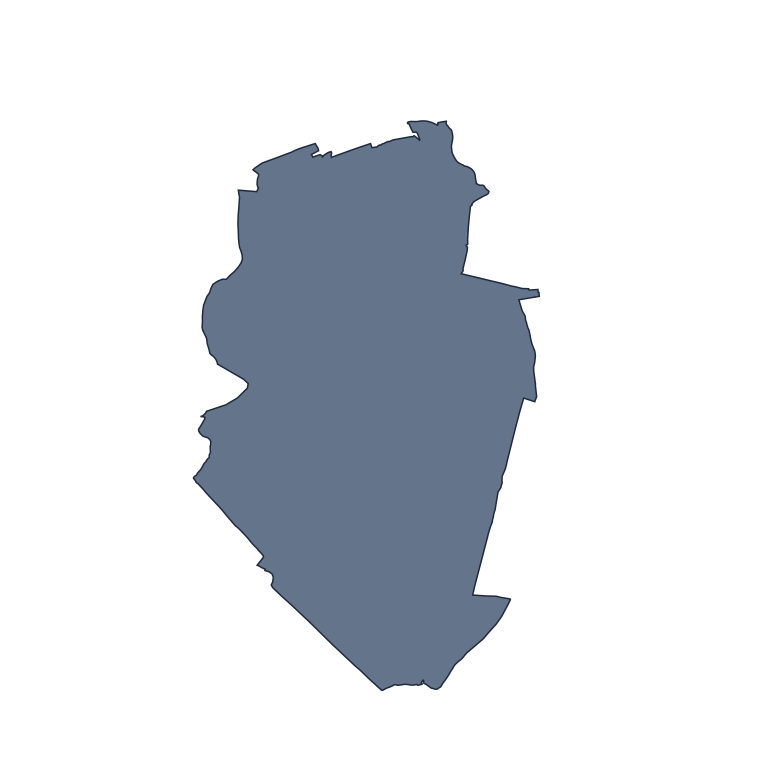 Isalnita, Dolj, Romania (Mercator projection), rotated 126°
{"feature_id": "2599482B36519910274216", "entity_name": "Isalnita", "entity_type": "district", "adm_level": 2, "iso_a3": "ROU", "parent_name": "Romania", "parent_adm1": "Dolj", "projection": "mercator", "projection_center": [23.718, 44.394], "detail": "fine", "context": "isolated", "style": "filled", "palette": "slate", "viewbox_px": 768, "rotation_deg": 126, "n_neighbors": 0, "source": "geoboundaries", "source_scale": "gbopen_adm2", "svg_char_len": 6171}
<svg xmlns="http://www.w3.org/2000/svg" viewBox="0 0 768 768"><g transform="rotate(126 384 384)"><path d="M518.2,513.3L516.6,510.5L516.2,509.2L516.9,509.0L517.7,508.5L523.8,507.8L526.4,507.6L528.3,507.5L529.4,507.4L530.1,507.1L531.2,505.9L531.9,504.2L532.3,502.5L532.5,501.1L532.6,499.9L532.1,497.8L531.5,496.2L531.1,495.4L531.2,493.7L531.4,492.3L532.0,490.9L532.3,490.3L533.5,489.6L534.0,489.3L534.4,488.9L535.4,488.4L536.3,488.1L537.1,487.6L539.4,485.8L541.4,484.2L542.6,483.9L543.5,483.9L545.0,483.1L546.0,482.4L546.4,482.2L546.8,482.3L547.9,482.6L550.1,482.7L551.9,482.3L553.0,482.7L553.4,482.8L554.0,482.8L558.4,482.2L561.0,482.0L562.2,482.1L563.1,482.3L564.8,482.4L565.8,482.5L567.4,482.2L567.9,482.2L568.7,482.4L569.8,482.9L570.5,483.0L571.9,483.0L572.2,482.8L573.0,480.1L573.8,478.6L574.0,478.0L574.2,477.3L574.0,476.6L574.0,475.8L575.6,467.7L576.7,463.6L578.1,456.4L580.2,445.2L581.3,440.2L583.4,432.2L586.0,421.1L586.1,420.0L586.0,419.4L586.8,413.4L588.5,404.6L590.2,398.3L591.2,393.7L591.5,390.8L592.3,388.2L592.7,385.7L593.7,381.3L594.8,379.7L605.2,380.1L604.7,377.9L604.3,374.0L603.6,371.4L604.9,370.8L603.4,366.2L603.6,362.6L605.5,359.9L609.6,357.7L612.9,357.1L614.2,354.2L615.9,341.5L617.2,328.9L620.4,303.9L625.3,271.3L628.9,242.8L629.6,234.7L631.2,223.6L633.2,205.8L632.3,204.9L629.6,203.7L627.2,202.3L625.8,201.2L622.7,199.5L621.2,198.9L620.3,197.5L619.6,195.7L618.3,194.3L614.4,190.3L612.5,186.9L611.7,185.2L609.9,182.8L608.4,181.5L607.8,180.9L608.0,179.9L607.0,178.7L605.4,177.5L604.8,176.8L604.6,176.7L604.4,176.7L604.2,176.9L604.2,177.5L604.0,178.0L603.6,178.4L601.3,178.5L600.6,178.4L600.6,177.8L600.9,177.3L602.4,176.6L602.6,176.3L602.7,176.0L602.7,175.6L602.5,174.7L602.4,174.2L602.2,172.8L602.3,171.7L602.3,169.6L602.3,169.2L602.3,167.4L602.1,166.7L601.7,165.9L601.2,164.2L600.7,163.0L600.4,162.5L600.1,162.2L599.6,161.7L599.1,161.4L597.1,160.8L596.2,160.3L595.4,160.1L592.0,160.5L591.2,160.5L587.2,160.4L581.7,160.6L580.3,160.7L577.5,161.1L573.1,161.3L571.8,161.5L570.1,161.6L569.2,161.5L568.1,161.4L565.3,160.8L563.3,160.3L562.0,159.9L559.5,159.4L555.1,159.2L552.5,158.9L531.7,153.9L523.5,153.3L517.9,152.7L512.1,152.1L502.4,152.2L500.6,152.5L489.1,154.1L484.1,155.0L483.9,155.2L483.8,155.7L488.1,164.3L489.6,168.2L495.7,177.2L502.6,188.2L495.0,191.5L447.4,210.1L444.3,211.4L437.1,213.9L433.5,214.9L432.6,215.1L429.7,216.5L426.8,217.6L425.8,218.3L422.2,219.7L420.9,220.0L404.3,228.3L399.4,228.5L397.0,229.5L394.7,230.2L392.5,232.0L390.0,233.7L388.6,234.3L383.2,235.5L381.2,236.0L377.7,237.4L374.5,238.8L343.8,251.2L326.1,258.1L313.3,262.7L309.7,251.6L308.2,252.1L304.5,253.1L296.5,260.4L294.8,261.6L291.3,265.0L285.4,270.6L282.3,272.9L278.1,274.7L274.5,276.7L272.2,278.1L270.0,280.1L268.6,281.6L266.5,285.0L264.3,288.3L261.6,291.5L258.6,294.6L256.0,297.5L254.8,299.0L254.2,300.3L251.7,303.6L250.7,304.6L249.2,306.9L247.5,308.4L246.2,309.6L243.5,315.3L236.6,324.4L221.8,309.9L218.8,312.5L219.1,313.3L217.0,315.0L222.7,321.7L222.4,322.5L221.9,323.0L225.2,327.8L226.0,329.4L226.5,330.8L227.9,334.3L229.9,338.6L232.9,346.6L249.4,386.3L248.2,386.4L246.7,386.4L245.9,386.6L245.3,386.9L244.8,387.5L244.3,387.8L243.5,388.2L235.9,391.3L227.2,395.1L224.3,396.8L224.1,397.9L224.1,398.8L223.1,399.1L222.5,398.6L221.5,398.5L218.4,401.0L207.5,408.0L197.7,413.8L189.4,418.5L188.2,418.0L187.3,418.0L187.2,418.5L186.5,418.7L184.1,418.5L182.2,417.9L173.9,414.1L170.8,412.3L168.5,411.6L166.5,412.3L166.3,414.1L166.1,416.4L165.6,418.1L165.0,419.0L165.0,420.3L165.3,421.3L166.1,422.4L166.8,422.9L167.3,425.1L167.3,426.1L167.7,427.0L160.6,434.0L159.5,436.0L158.8,438.5L158.7,439.7L158.6,440.6L158.8,441.7L159.1,444.1L159.3,444.8L159.6,445.4L160.2,446.5L160.4,446.9L160.4,447.7L160.4,448.9L160.5,449.3L160.9,451.0L161.2,453.3L161.2,454.0L161.2,454.7L161.1,455.7L160.5,457.4L159.3,460.4L157.7,463.4L157.0,464.5L156.4,465.2L155.6,466.0L152.8,468.6L151.9,469.3L149.8,470.4L146.9,471.7L144.4,473.1L143.7,473.5L141.8,475.3L139.3,478.1L138.8,479.3L138.6,481.0L138.5,481.8L138.2,482.9L137.7,484.3L137.3,486.1L136.6,486.8L135.9,487.8L135.7,488.0L135.1,487.7L134.8,488.0L135.6,488.9L138.3,491.6L139.5,492.6L140.0,493.2L140.9,493.9L141.6,493.7L142.3,492.9L142.6,492.8L143.0,492.7L143.2,492.8L143.3,493.0L143.4,493.4L143.4,494.6L143.9,496.7L144.1,497.9L144.3,498.9L144.7,500.0L145.5,502.3L145.9,503.3L146.6,504.6L147.3,505.7L148.7,507.7L149.5,508.7L152.2,511.5L153.4,513.1L155.5,516.2L156.1,516.9L157.5,518.2L157.7,518.4L158.2,518.6L158.7,518.6L158.9,518.4L159.2,518.1L159.3,518.1L159.3,517.9L159.3,517.6L158.9,516.5L161.2,512.6L163.3,508.6L162.6,507.5L162.0,506.9L161.5,506.3L161.3,505.9L161.3,505.1L161.6,504.4L165.0,498.9L165.5,498.5L165.9,498.5L165.5,502.5L165.4,504.9L165.5,505.5L166.0,505.9L167.0,505.9L167.3,506.4L167.6,507.1L180.8,519.8L183.5,521.6L184.0,521.7L184.7,522.0L185.3,523.2L186.2,523.8L188.4,525.0L189.3,525.2L189.6,525.4L189.9,525.9L191.2,526.7L192.2,526.8L192.7,527.1L192.9,527.4L192.9,527.8L193.9,528.3L194.6,528.8L195.9,528.8L196.4,529.1L197.2,530.0L199.0,531.7L199.9,532.7L197.4,536.2L198.8,537.2L210.4,545.4L231.4,559.7L231.0,560.5L230.4,561.0L228.6,561.7L227.5,562.7L227.1,563.4L229.3,565.1L233.7,566.9L234.9,567.2L236.3,567.3L235.7,567.9L235.9,569.3L235.9,570.2L236.9,571.2L242.2,574.9L241.0,577.6L234.2,574.3L233.7,574.0L232.1,575.8L229.9,581.0L239.3,587.9L244.2,591.4L247.6,593.4L250.8,595.1L263.4,603.4L276.6,612.3L279.6,613.5L285.2,615.4L287.7,615.9L287.9,613.9L287.8,609.8L288.0,609.2L288.4,608.3L289.7,607.7L292.0,607.1L294.7,605.6L297.3,603.9L298.0,602.9L298.9,601.9L299.0,600.9L303.2,600.0L312.8,615.8L315.1,613.6L317.6,610.8L325.2,606.0L333.4,601.0L340.3,596.3L347.9,590.2L352.1,587.0L356.2,583.3L358.4,581.1L360.6,577.7L363.2,574.4L366.6,571.7L370.3,570.8L374.8,570.6L380.8,571.1L386.5,572.4L392.0,573.2L394.3,576.4L398.8,579.1L404.0,581.0L408.4,580.2L412.5,578.8L417.2,578.7L426.2,576.3L431.1,573.7L436.2,570.6L440.0,567.7L445.1,564.5L447.1,562.2L450.4,556.0L451.8,553.8L455.3,550.7L458.9,545.9L461.5,542.9L461.9,541.6L462.0,537.8L463.0,534.3L464.6,531.6L465.8,530.4L462.7,500.5L463.5,494.1L467.7,492.1L481.5,494.4L493.8,499.7L510.4,511.6L512.3,511.2L516.1,511.9L518.2,513.3Z" fill="#64748b" stroke="#1e293b" stroke-width="1.5"/></g></svg>